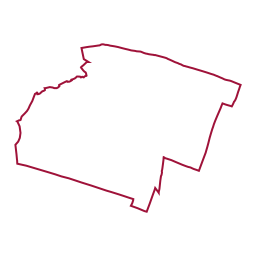 Rojiste, Dolj, Romania
{"feature_id": "2599482B91976879692627", "entity_name": "Rojiste", "entity_type": "district", "adm_level": 2, "iso_a3": "ROU", "parent_name": "Romania", "parent_adm1": "Dolj", "projection": "robinson", "projection_center": [23.932, 44.069], "detail": "fine", "context": "isolated", "style": "outline", "palette": "rose", "viewbox_px": 256, "rotation_deg": 0, "n_neighbors": 0, "source": "geoboundaries", "source_scale": "gbopen_adm2", "svg_char_len": 3734}
<svg xmlns="http://www.w3.org/2000/svg" viewBox="0 0 256 256"><path d="M15.4,144.8L16.5,154.4L17.0,159.8L17.1,160.2L17.2,162.2L17.3,163.7L26.3,165.7L32.7,167.6L48.5,172.3L55.1,174.3L61.4,176.4L68.8,178.3L74.9,180.3L81.5,182.5L91.1,185.5L99.8,188.4L106.4,190.6L111.2,192.0L118.9,194.4L124.1,196.1L128.9,197.7L133.3,199.1L133.1,200.6L132.8,201.4L132.6,202.1L132.5,202.5L132.0,203.7L130.9,205.8L137.6,208.2L144.5,211.1L146.7,211.7L149.8,203.4L152.7,195.2L154.7,189.7L155.2,188.0L158.5,192.4L158.7,192.7L158.7,192.4L158.8,191.6L158.9,191.2L159.3,189.6L159.5,188.3L159.8,185.5L160.3,180.8L160.9,176.7L161.0,176.0L161.1,175.8L161.4,175.3L161.7,174.1L161.9,172.9L162.0,172.2L161.8,171.3L161.8,170.9L161.9,170.7L162.1,170.0L162.4,168.2L163.0,163.7L163.3,161.2L163.5,159.7L163.6,157.8L163.7,157.2L164.0,157.3L165.1,158.1L165.9,158.4L166.3,158.5L167.0,158.7L168.5,159.2L171.3,160.1L175.7,162.0L182.1,164.7L185.8,166.1L188.4,167.0L189.9,167.3L190.8,167.6L192.2,168.3L193.8,169.0L196.8,170.0L198.9,170.8L203.1,159.5L205.7,152.6L206.1,151.1L207.3,147.0L208.3,143.3L209.7,137.7L211.1,132.9L212.3,129.0L213.1,126.8L213.9,124.2L215.2,120.8L217.2,116.0L220.5,108.4L221.7,105.3L222.5,103.4L225.5,104.5L228.2,105.3L230.7,106.0L231.8,106.4L232.2,105.7L233.3,103.5L234.0,101.8L234.6,101.1L235.5,99.6L236.4,97.4L237.3,94.6L238.1,92.0L239.2,88.9L239.7,87.3L240.6,84.9L235.9,83.0L234.4,82.4L232.5,81.6L231.0,81.0L229.7,80.6L228.1,80.3L226.2,79.9L224.5,79.4L222.3,78.3L219.9,77.3L217.9,76.4L217.6,76.3L217.3,76.1L216.4,75.9L215.9,75.6L214.8,75.2L213.7,74.7L211.3,74.0L207.1,72.6L202.6,71.2L196.9,69.5L193.0,68.3L189.6,67.4L187.2,66.7L186.3,66.5L185.4,66.2L184.6,66.0L183.9,65.9L182.5,65.3L181.2,64.5L180.6,64.3L179.7,64.0L178.7,63.6L177.8,63.1L176.3,62.6L175.2,62.2L174.7,62.0L172.4,60.9L169.3,59.5L168.0,59.0L167.5,58.7L167.0,58.4L166.3,58.1L166.1,58.0L165.8,57.9L163.7,57.3L156.9,55.5L155.0,55.0L154.2,55.1L153.3,54.8L152.2,54.7L149.4,54.3L148.3,54.1L147.3,53.8L146.0,53.6L145.0,53.3L144.0,53.0L141.4,51.9L140.6,51.6L139.5,51.5L136.7,51.3L135.0,50.9L131.2,50.4L130.1,50.1L129.8,50.0L128.2,49.6L127.8,49.5L125.6,49.0L122.4,48.2L117.9,47.0L114.4,46.3L109.9,45.6L108.6,45.2L107.5,45.0L106.6,44.9L105.5,44.9L104.4,44.6L103.5,44.4L103.0,44.3L102.5,44.3L101.8,44.4L101.2,44.5L100.9,44.7L100.5,45.0L99.9,45.2L99.5,45.4L98.4,45.5L97.1,45.7L93.0,46.3L89.4,46.7L86.7,47.1L81.5,48.0L82.4,52.4L83.8,59.1L88.5,62.0L86.8,62.0L83.2,65.4L81.9,66.4L81.1,67.2L81.0,67.3L81.1,67.5L81.4,68.1L81.9,68.7L82.4,69.3L83.2,70.4L84.4,71.6L85.6,72.4L86.1,73.5L86.2,74.6L86.5,75.2L86.5,75.4L86.5,75.7L86.0,76.0L85.2,76.1L84.4,76.6L83.8,77.3L83.3,77.3L83.1,77.1L82.5,76.8L82.1,76.8L81.8,76.9L81.7,77.0L81.3,77.3L80.8,77.4L80.5,77.1L80.2,76.7L79.8,76.6L78.9,76.6L78.0,76.5L77.7,76.5L77.3,76.5L77.0,76.5L76.6,76.8L75.9,77.6L75.3,78.0L74.7,78.5L73.7,78.9L72.9,79.2L72.4,79.5L72.1,79.7L71.8,79.6L71.7,79.6L71.4,79.6L71.2,79.8L71.2,80.0L71.4,80.2L71.6,80.4L70.7,81.0L69.7,81.5L69.2,81.7L68.4,81.7L68.1,81.8L67.8,81.8L67.6,81.8L67.5,81.5L67.1,81.3L67.0,81.2L66.9,81.2L66.6,81.2L66.3,81.4L64.8,82.1L59.4,84.8L59.1,85.0L59.1,85.6L59.4,86.1L59.0,86.6L58.1,87.4L56.8,88.1L55.7,88.1L55.0,88.1L54.7,88.1L54.2,88.1L52.6,87.5L51.1,87.3L49.8,87.1L46.9,87.8L45.6,88.1L45.0,88.2L44.7,88.2L44.8,88.5L44.9,88.8L44.9,89.7L44.9,90.1L44.5,90.4L43.6,90.9L42.3,91.3L42.0,91.6L41.6,92.0L40.9,92.5L40.4,93.2L39.7,93.6L39.1,93.9L38.4,94.1L37.8,94.2L37.4,94.2L37.3,93.5L37.3,92.9L37.3,92.7L37.2,92.6L36.8,92.6L36.2,93.3L35.0,93.9L33.9,96.7L32.3,101.0L29.9,105.4L28.5,108.6L27.0,111.0L24.8,113.4L22.7,115.5L21.8,116.4L21.4,117.2L21.0,118.6L20.6,119.9L20.0,120.2L18.8,120.4L17.9,120.9L17.0,121.3L17.4,121.6L19.6,126.3L20.5,132.9L19.8,137.9L18.2,141.6L15.4,144.8Z" fill="none" stroke="#9f1239" stroke-width="2"/></svg>